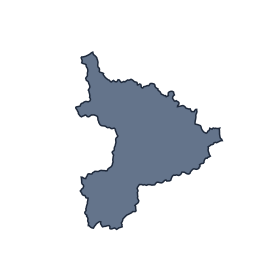 outline of Ouro Preto, Minas Gerais, Brazil, rotated 62°
{"feature_id": "56859067B58463943509301", "entity_name": "Ouro Preto", "entity_type": "district", "adm_level": 2, "iso_a3": "BRA", "parent_name": "Brazil", "parent_adm1": "Minas Gerais", "projection": "albers", "projection_center": [-43.625, -20.396], "detail": "fine", "context": "isolated", "style": "filled", "palette": "slate", "viewbox_px": 256, "rotation_deg": 62, "n_neighbors": 0, "source": "geoboundaries", "source_scale": "gbopen_adm2", "svg_char_len": 5877}
<svg xmlns="http://www.w3.org/2000/svg" viewBox="0 0 256 256"><g transform="rotate(62 128 128)"><path d="M48.7,138.3L49.9,137.5L51.1,136.2L52.3,135.3L53.7,135.9L55.1,136.0L56.0,135.8L57.4,136.1L58.9,136.7L59.9,137.7L61.1,138.5L62.0,138.8L63.1,139.6L63.6,141.0L64.2,142.0L66.5,142.4L67.3,141.8L68.3,141.4L69.3,141.5L70.4,141.8L71.7,141.8L73.0,142.1L73.9,142.4L74.8,143.4L75.9,145.3L77.2,145.2L78.5,145.7L79.8,145.9L80.9,146.3L81.8,146.6L83.0,147.6L84.2,147.4L85.3,147.8L86.1,148.7L86.3,149.9L86.1,151.0L85.3,151.9L84.6,153.1L84.5,154.9L84.8,156.1L84.5,157.1L84.8,158.6L86.1,159.8L85.9,161.0L85.6,162.2L85.2,163.2L85.2,164.4L86.3,164.8L87.8,164.5L89.3,164.6L90.8,164.5L92.1,165.1L95.1,164.6L96.3,163.9L96.3,162.4L96.5,161.1L96.4,159.7L97.3,158.9L98.8,158.6L99.6,157.6L99.7,156.5L99.4,155.3L99.4,153.8L100.0,153.0L100.4,151.9L102.1,150.4L103.5,149.6L105.2,150.0L106.4,150.6L107.3,150.8L108.4,150.8L109.5,151.2L111.9,151.1L113.3,150.5L114.3,149.2L115.1,147.9L116.1,146.9L117.3,146.5L118.2,145.8L118.7,144.3L119.7,143.5L120.7,143.1L121.2,142.2L121.4,141.0L121.8,140.1L123.3,139.8L124.3,140.3L125.8,140.4L128.2,140.8L130.3,140.7L130.9,141.5L131.1,142.7L131.6,143.6L132.4,144.3L135.1,145.4L135.9,146.2L137.9,147.9L138.6,149.0L139.6,149.8L140.9,150.4L141.4,151.3L141.4,152.3L141.9,153.4L143.5,153.6L145.1,153.4L146.1,154.3L148.7,156.2L149.9,156.8L150.9,157.0L151.9,158.2L153.2,159.2L153.8,160.1L154.3,161.2L154.5,163.6L154.8,165.0L155.9,166.4L155.5,167.7L154.8,168.4L153.6,170.5L152.8,171.6L152.5,172.7L152.5,174.4L151.9,175.7L151.3,176.5L150.7,177.6L150.9,178.8L150.9,180.2L151.6,181.3L151.2,182.5L150.4,183.5L149.8,184.7L150.5,186.0L151.2,186.7L151.9,188.1L152.8,189.1L152.1,190.1L151.3,190.8L150.2,191.3L149.4,192.4L150.9,192.9L152.0,193.4L153.1,193.8L154.1,194.4L155.2,194.7L156.2,194.7L157.2,194.2L158.5,194.4L159.4,195.3L160.1,196.3L160.2,197.7L160.9,198.6L161.2,199.7L163.7,199.4L164.6,199.6L165.6,199.5L166.7,198.8L167.3,197.8L168.5,197.7L169.8,197.9L170.6,197.1L171.2,196.2L173.3,197.7L174.4,198.7L175.6,199.2L176.6,200.4L177.6,201.4L178.6,202.1L179.7,203.3L180.9,203.5L181.5,204.4L182.1,205.7L183.2,206.1L184.5,205.9L185.7,205.3L186.5,206.0L188.0,205.7L189.5,206.0L190.2,206.6L191.1,207.2L192.1,207.4L193.3,207.3L194.4,208.2L195.6,208.9L196.1,208.0L197.1,207.9L198.2,207.5L199.4,206.6L200.2,205.5L199.3,204.2L198.7,203.0L198.3,201.9L197.8,201.1L197.5,199.6L197.4,198.5L197.3,197.1L198.0,196.1L199.8,197.2L200.7,197.0L202.0,197.1L203.3,196.9L203.9,194.7L204.4,193.8L204.4,192.8L204.7,191.8L205.3,190.5L206.4,190.2L208.3,191.2L209.2,190.4L209.6,189.1L209.7,188.0L210.0,186.7L212.2,185.6L211.9,182.7L212.3,181.0L212.5,179.5L211.3,179.2L210.5,178.6L209.5,178.7L208.6,178.4L208.1,177.3L207.1,176.1L206.0,175.3L205.6,174.2L205.2,173.1L204.3,170.0L204.4,168.7L204.5,164.6L204.0,163.2L204.5,162.1L205.2,160.8L204.9,159.8L202.9,159.1L200.8,158.1L199.6,158.3L199.1,156.4L199.0,155.2L198.7,154.2L198.1,153.3L197.2,152.6L194.7,152.6L193.8,152.2L193.0,151.5L191.8,151.1L190.6,150.5L189.2,150.0L188.6,149.0L187.8,148.5L185.7,148.4L184.6,147.1L183.3,144.5L183.9,143.3L184.4,142.3L185.5,141.5L185.6,140.2L186.5,139.4L187.4,138.4L187.3,137.1L187.8,136.1L188.5,134.9L189.4,134.1L190.0,132.9L190.7,131.1L190.0,129.8L189.5,128.2L189.9,127.0L191.5,125.2L192.3,123.9L192.2,122.4L191.5,120.2L191.7,118.9L193.0,118.7L194.2,116.1L194.2,114.8L193.0,113.6L192.0,112.4L191.3,111.3L191.0,110.0L191.9,108.5L192.2,107.0L193.0,106.3L193.8,105.4L193.8,103.5L193.2,102.3L192.3,101.1L192.8,100.1L193.6,98.9L195.6,97.8L196.4,97.1L197.1,96.1L197.2,95.2L196.9,94.2L196.0,93.4L195.0,90.7L194.8,89.4L195.4,88.4L196.1,87.7L196.7,86.8L196.9,85.6L196.9,84.4L196.1,83.8L195.9,82.7L195.1,82.1L194.1,82.1L193.9,81.2L193.9,79.8L194.5,78.1L193.9,76.9L193.0,76.5L192.2,75.6L191.6,74.8L191.2,73.3L191.9,72.3L191.4,71.3L191.6,69.9L191.5,68.5L189.3,68.7L188.4,68.3L187.3,68.2L185.7,67.9L184.5,67.3L183.7,66.5L182.2,66.1L182.1,63.9L181.8,62.6L182.2,61.5L182.3,60.2L181.4,58.9L181.8,57.4L182.6,56.7L182.8,52.0L183.4,50.7L181.9,50.6L180.7,51.2L179.7,51.1L178.8,50.9L176.2,50.0L175.2,49.4L174.3,49.0L173.4,48.5L172.0,48.0L171.2,47.1L170.8,48.6L170.0,50.0L169.3,50.7L169.2,51.7L168.2,52.4L168.0,53.5L168.5,54.4L167.7,55.1L166.6,55.9L167.6,56.8L168.3,57.6L168.3,59.0L169.2,60.1L169.3,61.5L167.1,63.0L165.1,63.4L163.3,63.5L160.8,62.9L159.9,63.0L157.8,64.8L156.1,66.8L155.1,66.6L153.3,65.3L152.5,64.6L150.8,63.3L149.8,62.7L148.8,62.3L147.8,61.5L147.0,60.4L146.0,59.5L144.8,59.1L143.8,58.6L143.4,59.5L143.8,60.8L144.6,61.9L143.3,64.2L141.7,64.3L140.3,64.1L139.7,65.5L138.8,66.3L137.9,67.4L136.2,67.7L134.9,68.2L134.0,68.9L133.6,70.0L133.3,71.4L132.4,74.3L131.5,73.6L131.0,72.1L129.9,71.2L128.7,71.3L127.7,72.0L126.5,72.6L126.5,73.9L125.7,74.5L124.4,74.5L122.9,74.8L121.6,74.0L120.8,72.7L120.6,71.5L119.2,71.4L117.6,70.9L116.2,71.9L115.6,73.4L115.5,74.6L115.7,75.7L117.0,76.7L118.4,77.1L118.3,79.6L117.0,79.7L116.4,80.9L115.0,81.6L113.8,82.7L111.0,82.7L110.0,83.2L108.6,83.7L107.4,83.2L106.6,83.9L105.3,84.5L103.7,84.7L102.9,84.1L101.6,84.2L100.6,85.1L99.8,86.1L99.2,87.5L100.4,89.7L99.6,91.1L99.4,93.2L98.9,94.6L99.6,96.2L98.7,97.0L97.6,97.0L96.7,96.5L95.5,96.3L94.6,97.1L94.7,98.3L94.4,99.4L92.0,98.7L91.1,99.5L90.2,100.6L88.5,101.2L87.1,101.9L86.4,102.5L86.4,103.8L86.2,104.8L85.4,105.8L85.8,109.1L84.9,109.9L84.9,111.2L84.6,112.6L83.3,113.0L81.6,113.1L80.7,114.1L81.5,115.3L81.9,116.3L81.4,117.2L80.5,118.0L79.2,118.4L79.2,119.7L79.6,120.9L78.9,121.7L76.9,122.1L76.0,123.0L73.6,124.0L72.7,124.4L71.5,124.5L70.2,124.8L69.1,124.8L68.4,124.0L67.5,124.6L65.5,126.6L64.5,126.8L63.2,125.8L61.7,125.3L60.6,125.8L59.5,125.7L58.4,125.3L55.8,123.6L53.4,123.0L52.4,122.9L51.2,122.6L49.7,122.9L48.0,123.5L47.0,124.0L45.9,123.9L44.5,123.5L44.4,125.0L44.8,126.6L44.9,128.0L44.9,129.2L44.8,130.5L44.8,131.7L44.1,134.4L43.5,135.5L44.0,136.4L45.4,136.6L46.9,136.8L47.9,137.5L48.7,138.3Z" fill="#64748b" stroke="#1e293b" stroke-width="1.5"/></g></svg>